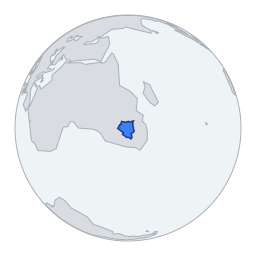 the Earth from above Botswana, rotated 308°
{"feature_id": "BWA", "entity_name": "Botswana", "entity_type": "country or territory", "adm_level": 0, "iso_a3": "BWA", "parent_name": "Africa", "parent_adm1": "", "projection": "orthographic", "projection_center": [24.585, -22.321], "detail": "medium", "context": "on_globe", "style": "filled", "palette": "blue", "viewbox_px": 256, "rotation_deg": 308, "n_neighbors": 0, "source": "natural_earth", "source_scale": "50m", "svg_char_len": 5807}
<svg xmlns="http://www.w3.org/2000/svg" viewBox="0 0 256 256"><g transform="rotate(308 128 128)"><circle cx="128" cy="128" r="113" fill="#eef3f6" stroke="#a8b0b8"/><path d="M17.1,108.3L17.1,111.0L19.0,110.0L19.5,113.5L19.1,116.7L20.2,116.1L20.2,117.9L26.4,114.9L31.1,116.5L31.9,123.0L30.0,132.8L32.9,150.5L30.7,160.0L33.3,167.3L37.0,179.8L35.2,181.8L38.9,185.4L40.6,189.6L40.4,191.5L43.1,194.9L43.1,196.3L45.1,197.4L49.2,203.4L52.8,205.9L56.9,210.4L59.3,211.7L59.3,212.3L60.4,213.5L61.8,214.6L60.0,214.7L54.8,211.2L52.0,208.6L51.9,209.0L45.5,202.3L46.9,204.2L39.1,195.8L33.4,187.7L22.4,166.6L21.1,163.4L21.0,163.1L18.8,155.5L17.1,147.7L16.0,139.9L15.4,132.0L15.4,124.0L16.0,116.1L17.1,108.3ZM64.5,215.1L60.8,215.2L62.2,214.9L59.7,212.3L62.9,212.9L64.5,215.1ZM58.6,208.0L57.8,205.9L58.6,206.1L59.3,207.6L58.6,208.0ZM139.8,16.0L138.9,15.9L134.7,15.6L138.7,16.1L138.3,15.9L140.5,16.2L141.5,16.2L143.2,16.4L142.8,16.3L150.7,17.7L158.5,19.6L166.1,22.0L173.5,24.9L180.6,28.4L187.6,32.4L194.2,36.8L200.5,41.8L206.4,47.1L211.9,52.8L217.0,59.0L221.7,65.4L225.9,72.2L229.6,79.3L232.8,86.6L234.6,91.5L237.4,101.2L237.8,103.0L237.9,105.5L237.4,103.1L234.1,93.4L235.2,100.1L237.8,109.4L238.8,118.0L237.5,113.2L236.4,105.6L235.1,102.0L234.2,95.9L230.8,85.4L229.5,84.9L228.4,81.4L223.5,72.2L220.9,71.4L217.5,76.3L219.1,85.3L217.0,88.0L209.7,72.3L206.0,63.4L203.6,63.0L195.8,54.5L183.0,50.4L181.0,48.1L178.6,48.4L173.1,45.6L170.0,42.3L166.7,41.9L175.0,50.8L178.5,51.4L181.1,49.1L182.8,52.2L188.1,56.1L182.9,62.0L163.6,65.7L161.4,59.0L145.3,41.8L145.7,40.2L145.4,39.7L144.2,42.3L141.3,39.4L150.2,50.2L151.8,55.2L163.3,66.1L162.3,67.0L165.9,69.6L177.2,68.9L177.3,71.1L172.2,81.1L156.3,95.2L158.3,107.0L156.9,117.3L146.8,123.7L147.4,132.2L142.1,135.1L141.6,140.1L137.2,145.4L130.0,150.7L117.9,151.3L117.4,146.5L111.7,137.9L103.8,118.0L107.1,108.7L106.1,102.0L97.4,88.9L99.3,81.1L96.9,78.4L92.0,79.8L89.2,76.7L86.2,77.2L67.6,84.1L61.8,81.3L54.8,70.9L58.1,64.8L58.7,59.5L81.6,37.2L86.5,36.8L104.7,31.9L107.0,32.2L105.0,35.6L118.7,38.7L123.0,35.6L135.3,37.9L143.4,38.2L146.1,32.2L132.8,31.5L130.4,28.8L141.0,26.9L152.6,28.3L152.0,27.3L144.6,24.6L147.2,23.4L142.0,23.6L144.2,24.6L141.0,25.0L138.8,24.1L139.8,23.6L136.3,23.1L132.5,26.0L134.3,27.4L125.1,28.0L127.2,30.5L124.7,31.7L120.2,28.2L120.6,26.8L112.4,24.1L111.2,25.4L118.8,28.3L116.5,28.1L114.9,30.5L114.3,28.6L106.2,25.7L97.9,27.8L87.4,35.1L82.5,36.8L78.3,36.9L82.0,31.0L92.5,27.9L94.0,26.3L91.7,25.1L95.1,24.4L95.5,23.7L99.5,22.8L105.0,20.5L109.0,19.8L111.1,18.2L113.4,17.7L111.5,18.7L112.4,19.3L122.4,18.5L124.3,18.1L124.8,17.2L127.5,17.3L126.7,16.6L132.4,16.4L124.9,16.2L125.3,15.7L128.7,15.5L127.5,15.4L121.9,15.9L121.0,16.2L122.3,16.5L118.5,17.9L115.1,18.5L113.9,17.2L109.0,18.0L110.3,17.1L119.5,15.7L129.6,15.4L139.8,16.0ZM73.9,46.4L73.3,47.9L73.9,46.4ZM165.2,33.6L172.0,35.3L168.4,31.3L170.7,31.8L168.7,30.4L168.1,31.1L163.0,27.7L165.8,27.5L164.7,26.3L162.4,25.7L158.2,26.6L165.4,31.3L164.1,32.3L165.2,33.6ZM17.5,106.2L17.4,106.4L17.4,106.6L17.5,106.2ZM93.7,21.8L95.1,21.7L93.6,22.5L88.5,24.3L90.6,23.0L93.7,21.8ZM97.4,21.4L97.7,20.2L100.8,19.3L99.0,19.9L101.1,19.5L98.7,20.4L101.5,21.2L100.3,22.1L91.5,24.3L95.0,23.0L93.5,23.1L97.4,21.4ZM109.6,30.8L111.3,30.7L114.1,30.3L113.1,32.0L109.6,30.8ZM103.9,28.7L105.5,28.3L105.5,30.1L103.7,30.3L103.9,28.7ZM106.4,26.7L105.6,28.2L105.0,27.5L106.4,26.7ZM113.0,18.5L114.7,18.2L114.9,18.4L114.0,18.8L113.0,18.5ZM143.9,33.0L141.5,34.0L140.3,33.4L141.4,33.2L143.9,33.0ZM126.6,32.5L130.5,33.2L126.3,32.9L126.6,32.5ZM180.0,186.0L180.1,188.2L178.7,187.7L180.0,186.0ZM175.5,118.2L167.1,136.1L162.0,135.5L161.4,129.6L164.7,118.5L170.8,116.2L173.9,111.7L175.5,118.2ZM239.1,146.7L239.2,145.9L239.3,145.2L239.2,146.2L239.1,146.7ZM239.4,144.0L238.9,137.4L238.4,133.6L238.8,132.4L239.7,136.9L239.4,144.0ZM238.7,132.1L237.5,123.3L233.8,104.0L235.2,105.9L238.7,119.8L238.5,121.0L239.3,127.3L238.7,132.1ZM240.3,136.2L240.3,136.5L240.3,132.4L240.2,130.1L240.1,123.0L240.2,120.7L240.4,122.1L240.4,120.5L240.3,136.2ZM219.5,86.4L221.9,93.1L220.6,93.2L219.5,86.4ZM220.2,192.7L220.0,190.0L221.2,186.8L223.3,184.3L229.1,173.0L229.0,173.9L232.1,167.2L233.4,167.5L234.1,165.8L230.3,175.2L225.6,184.2L220.2,192.7Z" fill="#d9dde1" stroke="#a8b0b8" stroke-width="1"/><path d="M129.3,119.1L129.2,119.3L129.2,119.5L129.3,119.6L129.5,119.8L129.7,120.2L129.8,120.4L130.2,120.8L130.3,121.1L130.5,121.4L130.6,121.5L130.9,122.5L131.1,122.6L131.9,123.3L132.6,123.6L132.8,123.7L132.9,123.8L133.0,124.4L133.6,124.4L133.7,124.5L133.7,125.0L133.7,125.6L134.0,126.0L134.2,126.5L134.3,126.6L135.2,126.8L135.6,126.9L136.1,127.1L136.1,127.4L136.1,127.5L136.5,127.7L136.7,127.9L136.3,127.9L136.0,128.0L135.9,128.3L135.7,128.4L135.5,128.5L135.2,128.6L134.9,128.6L134.6,128.8L134.2,129.2L134.1,129.4L134.1,129.5L133.8,129.6L133.7,129.8L133.4,129.9L133.4,130.0L133.1,130.1L132.9,130.2L132.8,130.3L132.7,130.4L132.5,130.5L132.3,130.8L132.0,131.8L131.6,132.1L131.4,132.3L131.3,132.5L131.2,132.5L130.8,132.6L130.4,132.8L130.3,133.1L130.0,133.9L129.9,134.1L129.8,134.5L129.5,134.7L129.3,134.7L129.1,134.8L128.7,134.7L128.5,134.9L128.3,134.9L127.5,134.7L127.3,134.5L126.9,134.5L126.8,134.4L126.4,134.1L126.1,133.9L125.9,133.8L125.7,133.8L125.4,133.8L125.2,133.9L125.1,134.0L124.6,135.4L124.5,135.5L124.4,135.6L123.8,136.0L123.6,136.4L123.5,136.5L123.2,136.6L123.0,136.9L122.9,136.9L122.8,137.0L122.5,136.9L121.8,137.0L121.5,136.9L121.3,137.0L121.2,136.9L121.0,136.5L121.0,136.2L121.3,135.8L121.4,135.6L121.3,135.1L121.0,134.3L120.6,133.7L120.5,133.4L119.8,133.0L119.6,127.5L121.4,127.4L121.3,120.2L121.7,120.2L123.2,119.9L125.2,119.5L125.4,119.5L125.6,119.6L125.9,120.0L126.1,120.3L126.4,120.4L126.7,120.0L126.9,119.8L127.1,119.7L127.4,119.6L127.6,119.5L127.9,119.6L128.4,119.2L128.6,119.2L129.2,119.1L129.3,119.1Z" fill="#3b82f6" stroke="#1e3a8a" stroke-width="1.5"/></g></svg>